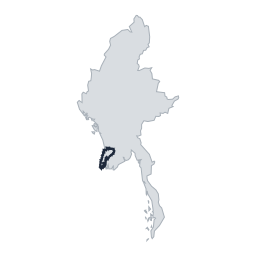 location of Pathein, Ayeyarwady, Myanmar
{"feature_id": "60261553B36650423786052", "entity_name": "Pathein", "entity_type": "district", "adm_level": 2, "iso_a3": "MMR", "parent_name": "Myanmar", "parent_adm1": "Ayeyarwady", "projection": "orthographic", "projection_center": [94.599, 16.703], "detail": "fine", "context": "in_parent", "style": "outline", "palette": "slate", "viewbox_px": 256, "rotation_deg": 0, "n_neighbors": 0, "source": "geoboundaries", "source_scale": "gbopen_adm2", "svg_char_len": 8501}
<svg xmlns="http://www.w3.org/2000/svg" viewBox="0 0 256 256"><path d="M167.7,113.4L165.0,112.2L163.1,113.4L160.1,113.0L160.5,115.6L158.8,116.5L155.8,116.3L154.1,120.3L147.9,121.5L143.8,120.8L141.6,124.4L141.6,128.4L140.5,130.8L141.0,135.0L138.4,136.1L136.7,135.9L137.7,137.8L139.8,138.6L141.1,142.9L140.7,144.6L149.4,154.4L152.1,162.2L154.1,161.1L154.8,161.9L154.0,164.0L151.4,165.7L151.1,174.0L146.9,176.0L147.1,178.8L147.6,180.8L151.5,186.2L155.9,189.9L158.3,193.9L158.9,199.8L158.3,202.2L159.5,205.7L161.7,208.0L164.4,217.2L159.5,225.5L154.4,231.0L153.8,236.7L152.2,238.6L151.4,236.9L150.9,230.9L153.4,227.1L154.1,219.8L155.6,218.2L154.8,217.5L152.8,218.0L153.4,212.1L152.3,211.9L153.2,210.6L151.8,200.8L147.8,193.9L147.2,190.9L146.7,195.0L146.2,194.2L146.0,188.7L143.7,182.8L143.9,182.3L145.0,182.8L144.0,181.4L143.2,181.8L142.5,180.3L141.1,168.0L139.6,166.2L140.1,160.9L141.2,159.5L137.1,160.2L135.2,155.7L135.0,153.2L130.9,149.6L131.6,150.7L130.9,152.0L131.6,154.0L130.0,158.0L128.3,159.8L126.1,160.5L124.4,159.4L124.0,157.4L123.3,157.3L124.9,161.2L118.4,164.6L117.4,167.0L114.0,170.1L113.0,169.7L113.5,165.5L111.5,168.9L108.8,168.9L108.2,164.5L107.1,167.1L105.5,167.9L106.0,160.5L105.5,162.7L102.9,165.6L100.4,166.5L100.9,160.4L104.4,150.8L104.6,147.7L102.8,140.0L99.8,133.5L100.7,133.4L98.7,131.5L98.4,126.8L97.2,128.5L97.0,131.5L94.5,129.9L92.1,125.7L93.0,125.4L95.9,127.3L97.4,126.2L97.9,124.9L93.5,120.8L94.6,119.2L93.1,119.2L89.3,117.2L88.3,117.6L88.7,119.3L87.9,119.8L86.5,117.1L87.6,115.8L86.7,115.8L87.3,113.5L86.9,113.1L85.2,116.2L84.1,115.5L85.3,113.9L84.8,113.0L83.2,111.2L83.4,114.4L79.5,109.3L77.3,102.3L79.1,100.5L82.1,102.6L81.9,94.0L83.2,92.2L86.3,93.7L87.2,91.6L88.5,91.0L87.7,85.1L88.7,81.3L90.8,80.7L91.3,77.6L91.6,73.5L90.6,68.9L92.5,70.0L94.6,69.6L99.5,71.2L101.4,65.8L106.0,57.0L104.2,55.0L104.5,53.8L108.6,49.2L110.6,45.1L109.7,41.4L110.5,38.4L114.1,36.5L122.0,30.4L127.8,29.5L130.2,31.9L131.8,32.1L129.3,26.5L134.1,22.2L133.9,18.9L136.2,15.4L137.4,15.5L138.7,17.2L139.9,17.1L142.3,19.6L144.6,26.7L146.2,25.4L148.4,26.3L149.7,36.8L149.3,42.9L148.0,44.3L149.1,46.8L147.1,47.7L145.7,50.2L143.6,50.4L142.3,53.8L140.2,54.3L139.1,56.9L139.4,58.9L137.7,60.1L137.2,63.5L138.7,64.8L139.2,66.6L137.7,70.5L139.1,70.6L144.8,68.0L149.0,68.4L151.7,67.7L150.1,70.4L151.9,73.7L152.4,78.9L158.6,80.3L159.7,81.6L158.3,83.2L156.5,91.7L164.6,92.7L165.0,96.0L166.8,97.1L167.1,98.9L168.2,99.5L172.6,99.2L175.1,96.9L178.4,95.9L178.7,97.7L178.0,99.1L174.4,101.1L172.1,105.1L171.9,105.9L173.1,106.6L168.9,108.3L167.7,113.4ZM94.6,123.5L97.3,125.0L96.8,126.2L95.1,126.3L93.8,124.2L94.6,123.5ZM148.8,206.7L150.6,209.1L148.9,210.8L148.8,206.7ZM94.3,134.1L92.9,133.2L92.0,131.8L94.9,131.9L94.3,134.1ZM151.4,217.2L151.5,220.5L150.4,220.1L149.7,217.4L151.4,217.2ZM104.4,166.5L102.6,168.6L102.3,166.8L104.8,164.2L104.4,166.5ZM139.5,163.4L138.4,162.8L138.2,160.9L139.1,160.3L139.7,161.3L139.5,163.4ZM147.9,221.3L147.6,220.2L148.8,217.6L148.6,219.8L147.9,221.3ZM147.3,227.3L148.9,229.7L148.6,230.2L147.2,228.3L146.3,228.5L147.3,227.3ZM152.4,215.4L150.8,216.1L150.7,213.9L152.4,215.4ZM148.9,238.5L146.9,240.6L147.1,239.5L148.9,238.5ZM86.0,117.5L86.7,120.1L85.5,117.0L86.0,117.5ZM148.8,201.6L148.7,203.6L148.1,200.3L148.8,201.6ZM92.1,119.4L92.3,121.1L91.2,118.7L92.1,119.4ZM146.8,213.1L145.6,212.2L146.0,211.4L146.6,211.6L146.8,213.1ZM145.9,210.2L145.2,211.6L144.4,210.8L145.0,210.2L145.9,210.2ZM146.2,218.2L146.2,219.4L145.3,216.7L146.2,218.2ZM107.2,168.9L106.3,168.9L107.4,167.6L107.6,168.1L107.2,168.9ZM151.8,227.4L151.0,227.2L151.6,225.9L151.8,227.4Z" fill="#d9dde1" stroke="#a8b0b8" stroke-width="1"/><path d="M106.8,147.6L107.0,147.9L107.0,148.1L107.1,148.3L107.2,148.5L107.0,148.9L107.0,149.2L106.7,149.5L106.6,149.9L106.4,150.0L106.3,150.4L106.2,150.5L106.0,150.4L105.9,150.1L105.6,150.1L105.5,149.7L105.4,149.7L105.2,149.6L105.0,149.8L104.9,149.4L104.4,149.1L104.4,148.8L104.3,149.6L104.4,149.8L104.3,150.0L104.3,150.6L104.7,150.8L104.9,150.7L104.9,150.9L105.1,150.9L105.1,151.0L105.1,150.9L104.9,150.9L104.6,150.9L104.5,151.0L104.4,150.7L104.1,150.8L104.1,150.6L103.9,150.8L104.0,151.0L103.9,151.1L103.6,150.8L103.6,151.1L103.5,151.3L103.6,151.6L103.6,151.9L103.8,152.0L104.0,152.3L103.8,152.3L103.7,152.5L103.8,152.6L103.7,152.7L103.5,152.4L103.3,152.4L103.2,152.3L103.2,152.2L102.9,152.3L103.1,152.8L103.4,152.9L103.5,153.2L103.3,153.5L103.1,153.6L103.3,153.6L103.2,153.7L103.0,153.8L103.0,154.3L103.2,154.6L103.0,155.0L102.8,155.1L103.1,155.2L103.4,154.9L103.3,155.1L103.5,155.2L103.3,155.1L103.2,155.2L102.8,155.5L102.7,155.6L102.5,155.8L102.7,156.0L102.6,155.9L102.2,155.6L102.1,156.1L102.3,156.3L102.5,157.1L102.3,157.4L102.2,157.4L102.1,157.6L101.9,158.0L101.9,158.3L102.0,158.5L101.9,159.1L101.6,159.4L101.5,159.5L101.5,159.4L101.7,159.6L101.8,159.6L101.8,159.8L101.5,160.2L101.3,160.3L101.1,160.3L101.2,160.5L101.1,160.4L101.2,160.2L100.7,160.2L100.9,160.6L100.8,161.0L100.9,161.3L100.7,161.7L100.7,161.9L100.6,162.1L100.6,162.4L100.6,162.5L100.4,162.4L100.4,162.9L100.6,163.3L100.5,163.6L100.4,163.6L100.4,164.1L100.2,164.3L100.4,164.6L100.2,164.9L100.2,165.2L100.1,165.4L100.1,166.1L100.1,166.3L100.1,166.5L100.3,166.8L100.5,167.3L100.8,167.2L101.0,166.8L101.4,166.6L101.6,166.5L102.0,166.1L102.4,166.1L102.7,165.9L103.0,165.5L103.7,164.6L103.9,164.1L103.7,163.9L103.8,163.7L103.7,163.5L103.6,163.4L103.3,163.2L103.8,163.2L104.1,163.0L103.9,163.1L104.3,163.6L104.8,163.3L104.8,163.0L104.8,162.7L105.0,162.5L105.2,162.0L105.3,161.9L105.7,162.1L105.7,161.3L105.6,161.1L105.6,160.7L105.5,160.3L105.8,160.0L105.8,159.5L105.9,159.1L105.9,158.9L105.4,159.1L105.6,158.9L105.6,158.7L105.6,158.8L105.3,158.6L105.5,158.8L105.6,158.7L105.8,158.5L105.7,158.2L105.8,158.0L105.7,157.8L105.8,157.7L105.8,158.0L105.7,158.3L105.8,158.4L105.8,158.5L105.7,158.6L105.6,158.9L105.8,158.8L106.1,159.1L106.3,159.0L106.1,158.9L106.1,158.5L106.1,158.2L106.3,158.2L106.4,157.9L106.4,158.0L106.4,158.3L106.1,158.3L106.2,158.5L106.1,158.8L106.3,158.9L106.4,159.1L106.6,159.1L106.6,159.3L106.8,159.3L106.7,159.6L106.9,159.6L107.4,159.3L107.4,159.2L107.3,158.9L107.7,159.0L107.8,159.0L107.8,158.6L108.0,158.9L108.1,158.6L108.3,158.4L108.1,158.2L108.4,158.2L108.6,157.8L108.6,157.7L108.8,157.7L108.9,157.4L109.1,157.1L109.3,156.6L109.5,156.5L109.6,156.2L109.8,155.9L110.0,155.8L110.3,155.9L110.4,155.7L110.6,155.6L110.7,155.4L110.8,155.5L111.3,155.3L111.5,154.9L111.8,155.1L111.9,154.8L112.0,154.7L112.1,154.1L112.3,154.0L112.5,154.0L112.8,154.1L113.4,153.9L113.3,153.7L113.1,153.5L113.0,153.3L113.0,153.2L113.0,152.8L113.1,152.7L113.2,152.8L113.4,152.8L113.6,152.9L113.6,152.7L113.8,152.5L113.7,152.4L113.8,152.2L114.0,152.0L114.1,151.8L114.2,151.5L114.1,151.3L114.4,151.0L114.4,150.9L114.1,150.7L114.2,150.4L114.0,150.1L113.9,149.9L113.6,149.9L113.7,149.6L113.5,149.4L113.5,149.2L113.3,149.2L113.2,149.1L113.1,148.9L112.7,148.9L112.8,148.8L112.7,148.8L112.4,148.6L111.9,148.5L111.7,148.5L111.5,148.8L111.1,148.8L111.0,148.7L110.8,148.8L110.6,148.7L110.3,148.8L110.4,149.0L110.1,149.0L110.1,148.8L110.2,148.7L110.0,148.4L109.7,148.2L109.8,148.0L109.6,147.7L109.3,147.8L109.1,148.1L109.1,147.9L108.9,147.7L108.5,148.0L108.6,148.3L108.7,148.5L108.7,149.0L108.3,148.9L108.4,148.7L108.2,148.7L108.2,148.4L107.8,148.2L107.7,148.0L107.4,147.9L107.3,148.0L107.0,147.6L106.8,147.6ZM105.3,165.4L105.6,164.3L105.3,163.7L104.7,164.1L104.1,165.0L103.8,165.2L103.5,165.8L103.1,166.4L103.0,166.5L102.2,166.7L102.2,167.0L102.3,167.8L102.4,168.2L102.6,168.4L102.4,168.8L102.6,168.5L102.7,168.2L102.8,168.2L103.0,167.7L103.3,167.6L103.4,167.4L103.4,167.1L103.8,166.9L104.2,166.9L104.5,166.7L104.7,166.3L104.4,166.2L104.5,166.0L104.4,165.8L104.6,165.5L104.4,165.8L104.5,166.0L105.1,165.8L105.3,165.4ZM106.5,159.1L106.0,159.2L105.9,159.3L105.9,159.9L105.6,160.3L105.6,160.5L105.8,160.8L106.2,160.5L106.4,159.8L106.5,159.7L106.7,159.4L106.6,159.1L106.5,159.1ZM105.2,163.3L105.7,162.4L105.7,162.1L105.3,162.7L104.9,162.8L104.9,163.1L104.8,163.5L104.4,163.7L104.5,163.9L104.9,163.8L105.2,163.3ZM104.2,164.3L104.3,163.7L104.1,163.4L103.8,163.2L103.8,163.5L103.7,163.9L103.9,164.0L103.9,164.3L104.2,164.3ZM105.3,162.6L105.5,162.2L105.3,161.9L105.0,162.6L105.3,162.6ZM101.6,166.5L101.0,166.8L101.6,167.0L101.8,166.6L101.6,166.5ZM103.7,163.4L103.7,163.2L103.5,163.3L103.7,163.4ZM104.1,164.8L103.9,164.9L103.8,165.1L104.0,165.0L104.1,164.8ZM103.1,166.1L103.2,165.9L103.3,165.7L103.0,166.1L103.1,166.1ZM100.5,160.4L100.6,160.1L100.5,160.4ZM101.0,168.5L101.0,168.4L100.9,168.4L101.0,168.5Z" fill="none" stroke="#1e293b" stroke-width="2"/></svg>